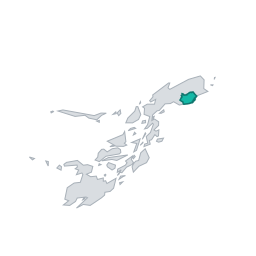 location of Isabela, Isabela, Philippines, rotated 62°
{"feature_id": "2640588B52568839586340", "entity_name": "Isabela", "entity_type": "district", "adm_level": 2, "iso_a3": "PHL", "parent_name": "Philippines", "parent_adm1": "Isabela", "projection": "equal_earth", "projection_center": [122.367, 16.99], "detail": "fine", "context": "in_parent", "style": "filled", "palette": "teal", "viewbox_px": 256, "rotation_deg": 62, "n_neighbors": 0, "source": "geoboundaries", "source_scale": "gbopen_adm2", "svg_char_len": 6261}
<svg xmlns="http://www.w3.org/2000/svg" viewBox="0 0 256 256"><g transform="rotate(62 128 128)"><path d="M121.2,38.2L128.8,42.6L133.2,40.3L132.0,51.4L135.8,58.8L131.8,71.9L126.2,75.4L126.3,79.1L124.1,83.9L127.2,92.2L126.5,94.3L128.0,100.1L132.6,103.5L132.5,100.4L136.9,98.0L140.1,99.8L141.9,106.0L143.9,104.8L144.1,101.6L149.3,104.8L149.2,106.4L146.5,107.4L149.4,112.7L149.0,115.0L152.7,116.0L151.9,122.6L150.0,120.9L150.7,117.7L144.1,115.9L142.5,110.3L136.6,103.8L135.3,104.1L137.3,111.0L136.6,113.8L134.3,109.2L128.1,103.4L123.5,107.4L118.3,104.1L116.2,105.2L116.0,99.8L119.4,93.4L115.7,90.1L115.7,95.7L114.1,96.1L112.2,91.4L110.4,90.6L107.3,71.0L107.9,70.0L111.3,73.8L113.5,73.0L113.5,51.7L116.0,39.7L121.2,38.2ZM166.8,162.2L174.4,169.0L175.6,173.6L173.9,178.6L176.3,180.2L177.2,184.2L178.6,197.7L174.5,203.4L174.5,211.1L170.6,196.5L169.2,197.5L166.0,205.7L168.2,208.8L169.0,215.8L165.6,221.2L164.4,214.5L161.2,217.2L152.2,209.7L151.3,201.4L153.6,195.6L147.9,189.7L146.1,189.8L145.0,195.5L141.9,191.3L139.2,193.8L138.7,191.0L136.8,190.4L131.8,202.0L130.0,201.7L129.5,198.4L132.9,187.9L139.9,184.9L141.4,180.9L145.4,177.1L149.8,181.0L149.3,186.4L153.5,183.8L155.6,178.6L159.1,179.1L160.5,173.3L163.4,174.8L164.1,172.5L167.1,172.7L166.8,162.2ZM144.2,169.1L140.8,172.1L139.5,168.4L136.3,166.1L134.5,161.3L135.3,159.3L139.3,157.6L138.9,151.7L140.7,146.3L143.5,144.8L146.2,145.8L146.8,147.8L142.6,160.7L144.2,169.1ZM164.2,123.2L167.3,127.9L166.9,136.3L169.5,144.0L164.2,142.6L162.1,139.9L160.9,136.8L161.7,133.9L155.9,128.4L154.4,122.6L164.2,123.2ZM129.5,132.6L139.1,136.3L139.7,138.4L142.5,137.1L142.1,140.6L138.4,147.2L129.9,152.5L131.5,135.6L129.5,132.6ZM92.9,169.3L80.1,181.9L81.5,177.0L101.2,152.0L102.1,145.0L104.7,140.2L104.4,145.3L106.1,151.7L100.9,157.9L96.6,160.0L92.9,169.3ZM113.7,109.3L122.1,110.4L125.4,114.7L125.6,121.6L122.4,127.5L119.1,123.4L116.3,114.1L113.0,110.7L113.7,109.3ZM157.3,139.8L161.0,139.4L162.1,141.7L161.9,147.7L164.6,154.4L163.3,156.1L161.7,153.6L162.1,158.3L159.5,156.4L159.6,147.8L158.3,145.2L156.0,145.7L154.8,137.1L157.3,139.8ZM144.7,166.6L144.9,159.3L151.7,140.8L151.4,153.1L148.2,157.0L144.7,166.6ZM157.6,161.8L152.6,164.4L150.7,164.1L149.4,161.4L154.9,156.5L157.4,158.4L157.6,161.8ZM143.3,122.4L151.7,131.0L151.8,134.1L145.8,127.5L142.5,131.6L143.3,122.4ZM154.9,107.6L153.1,109.1L151.6,107.2L153.6,101.4L155.6,104.3L154.9,107.6ZM133.8,206.9L129.9,209.6L128.6,206.0L131.0,204.9L133.8,206.9ZM108.3,126.4L111.8,127.5L112.7,130.4L109.6,130.5L108.3,126.4ZM129.5,108.9L131.6,110.0L130.4,113.6L128.6,111.9L129.5,108.9ZM120.2,214.1L124.1,216.3L118.5,216.1L120.2,214.1ZM169.1,160.0L167.0,157.1L168.8,152.6L168.6,155.3L169.1,160.0ZM131.9,121.4L130.5,129.1L129.6,125.9L130.4,122.2L131.9,121.4ZM111.0,224.9L111.3,227.3L107.3,228.7L111.0,224.9ZM130.7,88.4L130.6,91.8L129.7,93.3L128.7,87.9L130.7,88.4ZM137.7,148.3L136.0,152.8L136.0,150.2L137.7,148.3ZM109.8,131.7L108.9,134.9L108.0,131.2L109.8,131.7ZM157.7,137.7L156.4,137.8L155.1,135.3L156.6,135.0L157.7,137.7ZM136.7,123.7L136.7,126.6L134.8,124.2L136.7,123.7ZM174.2,161.6L172.3,161.1L173.1,157.9L174.2,161.6ZM141.3,114.9L144.7,120.7L140.4,115.0L141.3,114.9ZM109.5,150.7L107.2,152.4L107.8,149.7L109.5,150.7ZM147.7,169.0L147.3,171.5L146.0,170.2L147.7,169.0ZM148.2,122.0L149.0,125.4L147.3,121.1L148.2,122.0ZM78.6,188.7L77.4,188.6L77.7,186.4L78.6,186.1L78.6,188.7ZM159.8,170.9L158.4,171.1L158.2,169.7L159.1,169.5L159.8,170.9ZM170.2,201.8L169.1,200.2L169.5,198.6L170.2,199.4L170.2,201.8ZM111.7,105.0L112.4,106.9L110.6,104.7L111.7,105.0ZM164.3,157.2L164.9,159.7L163.2,156.6L164.3,157.2ZM130.3,33.4L128.6,35.0L129.8,32.7L130.3,33.4ZM132.2,101.8L129.9,100.3L130.0,99.3L132.2,101.8ZM124.2,27.3L125.6,29.1L124.0,27.9L124.2,27.3Z" fill="#d9dde1" stroke="#a8b0b8" stroke-width="1"/><path d="M132.8,67.8L132.8,67.7L133.0,67.3L133.2,67.2L133.3,67.2L133.5,66.9L133.6,66.5L133.7,66.3L133.7,66.2L133.8,66.0L133.8,65.9L133.9,65.7L134.0,65.5L134.0,65.4L134.1,65.0L134.2,64.9L134.3,64.7L134.4,64.4L134.5,64.4L134.5,64.2L134.6,63.9L134.7,63.6L134.8,63.5L134.8,63.4L134.9,63.2L134.9,62.9L135.0,62.8L135.0,62.7L135.2,62.3L135.2,62.1L135.1,61.9L135.2,61.7L135.3,61.6L135.3,61.3L135.3,61.2L135.2,61.1L135.2,60.9L135.3,60.8L135.3,60.7L135.4,60.4L135.5,60.3L135.6,60.2L135.7,59.8L135.7,59.7L135.8,59.6L135.8,59.4L135.9,59.2L135.8,58.9L135.7,58.7L135.5,58.8L135.4,58.9L135.4,59.0L135.3,58.9L135.3,59.0L135.2,59.0L135.0,58.9L135.3,58.9L135.2,58.9L134.9,58.9L134.7,58.6L134.7,58.4L134.7,58.2L134.8,57.9L134.8,57.7L134.7,57.5L134.8,57.4L134.7,57.2L134.8,57.0L134.8,56.9L134.7,56.8L134.7,56.7L134.8,56.7L134.8,56.8L134.9,57.1L135.0,57.2L135.0,56.9L135.0,56.7L134.9,56.5L134.8,56.4L134.7,56.0L134.5,55.8L134.5,56.0L134.6,56.3L134.6,56.5L134.5,56.4L134.4,56.4L134.5,56.4L134.5,56.2L134.4,56.3L134.4,56.2L134.5,56.1L134.4,55.8L134.3,55.7L134.2,55.7L134.1,55.8L133.9,55.8L133.7,55.9L133.6,56.0L133.6,55.9L133.4,55.8L133.4,55.7L133.2,55.5L132.9,55.4L133.0,55.4L133.0,55.2L132.9,55.2L132.9,54.9L133.0,54.9L132.9,54.8L132.8,54.7L132.6,54.3L132.5,53.9L132.4,53.5L132.4,53.4L132.4,53.2L132.4,52.9L132.3,52.7L132.3,52.8L132.3,52.7L132.2,52.5L132.0,52.4L131.9,52.5L130.9,52.7L129.3,53.2L128.9,53.2L128.6,53.2L128.2,53.3L127.9,53.5L127.4,53.6L127.0,53.6L126.8,53.6L126.7,54.1L126.7,54.3L126.6,54.6L126.6,54.8L126.3,54.7L126.2,55.1L126.1,55.7L125.9,55.7L125.7,56.1L125.6,56.5L125.6,56.8L125.7,57.1L125.7,57.6L125.8,57.7L125.7,57.9L125.8,58.0L125.9,58.5L125.9,58.8L125.9,59.1L125.9,59.4L125.9,59.6L126.0,60.0L125.9,60.3L125.9,60.5L125.9,61.0L126.0,61.0L125.9,61.1L125.9,61.3L125.9,61.2L125.9,61.3L126.0,61.3L125.9,61.3L125.9,61.8L125.8,62.0L125.7,62.3L125.6,62.5L125.5,62.8L125.3,62.9L125.0,62.9L124.8,63.0L124.7,63.0L124.4,63.1L124.2,63.3L123.9,63.4L124.0,63.5L123.9,63.5L123.7,63.7L123.6,63.8L123.4,64.0L123.5,64.0L123.8,64.0L124.0,64.2L124.1,64.4L124.1,64.8L124.2,65.5L124.3,65.6L124.5,65.6L124.9,65.6L125.1,65.6L125.3,65.6L125.5,65.7L125.4,65.7L125.5,65.6L125.8,65.7L125.9,66.0L126.0,66.0L126.1,66.5L126.3,66.5L126.5,66.9L126.6,67.2L126.9,67.6L127.1,67.9L127.2,68.1L127.5,68.5L127.6,68.8L127.8,69.0L128.3,68.8L128.3,68.7L129.2,68.3L130.0,67.8L130.6,67.3L132.6,67.8L132.8,67.8ZM134.5,55.7L134.4,55.7L134.4,55.8L134.5,55.8L134.5,55.7ZM135.2,61.7L135.3,61.7L135.2,61.7Z" fill="#14b8a6" stroke="#0f766e" stroke-width="1.5"/></g></svg>